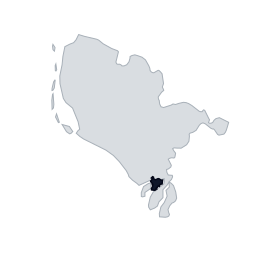 location of Tholen, Zeeland, Netherlands, rotated 286°
{"feature_id": "6326949B94220918271569", "entity_name": "Tholen", "entity_type": "district", "adm_level": 2, "iso_a3": "NLD", "parent_name": "Netherlands", "parent_adm1": "Zeeland", "projection": "albers", "projection_center": [4.074, 51.57], "detail": "fine", "context": "in_parent", "style": "filled", "palette": "ink", "viewbox_px": 256, "rotation_deg": 286, "n_neighbors": 0, "source": "geoboundaries", "source_scale": "gbopen_adm2", "svg_char_len": 4375}
<svg xmlns="http://www.w3.org/2000/svg" viewBox="0 0 256 256"><g transform="rotate(286 128 128)"><path d="M161.2,223.2L156.9,223.2L152.9,223.1L150.8,222.8L148.6,221.9L147.5,219.9L146.2,217.4L146.5,215.9L150.2,211.5L150.7,210.3L150.3,209.6L150.6,207.7L153.3,201.2L153.6,198.6L152.3,196.9L150.4,195.8L144.5,194.1L141.6,191.4L140.2,189.1L138.9,188.5L137.0,189.3L132.1,190.2L128.1,189.0L123.3,184.7L122.2,180.7L121.6,177.7L120.4,176.6L118.8,178.2L116.9,180.7L112.9,181.1L111.8,180.5L111.6,179.1L111.3,177.8L110.2,176.2L109.1,175.3L104.1,179.9L102.3,179.9L99.9,178.2L98.7,176.5L96.2,177.5L93.9,179.6L94.7,183.6L93.4,184.3L90.6,184.0L87.4,182.3L83.8,181.3L78.3,178.6L70.7,180.8L65.5,178.1L61.1,177.8L58.4,175.7L55.5,172.0L57.6,169.7L59.6,168.9L67.6,168.5L73.4,169.9L83.9,177.8L86.5,177.7L89.3,176.7L87.9,174.6L85.3,173.6L81.4,171.5L78.3,168.5L85.5,167.6L84.5,166.0L83.6,163.4L75.9,154.4L77.2,151.9L79.1,146.7L81.5,142.3L83.4,141.1L86.6,138.0L93.3,128.9L97.6,121.5L100.7,112.7L105.2,88.4L106.5,84.3L108.7,79.7L111.5,80.6L113.5,81.9L120.3,78.3L131.9,69.2L135.3,61.4L138.6,57.7L151.9,50.4L159.2,48.1L170.7,47.2L178.9,45.7L188.8,44.9L192.7,49.1L195.0,52.2L198.6,53.8L204.2,54.8L204.1,61.0L204.7,73.4L204.4,75.6L202.1,80.9L199.9,90.4L199.4,96.6L198.6,97.8L188.1,98.2L186.6,99.3L186.4,100.6L187.0,102.2L186.8,103.8L186.0,105.1L186.6,107.1L188.5,109.4L191.9,110.7L195.5,110.7L197.3,110.3L198.8,111.9L200.2,114.4L200.2,117.6L199.9,122.0L198.3,126.0L193.6,130.8L191.4,132.5L189.4,133.4L188.4,134.7L188.0,136.2L188.2,137.6L191.8,141.1L191.8,142.0L190.8,143.9L189.5,145.8L180.5,149.9L176.8,149.7L174.7,151.6L174.0,152.0L171.6,150.4L166.2,148.5L164.2,149.3L163.1,150.4L159.8,151.8L157.5,153.9L157.5,156.6L162.0,163.3L163.5,164.6L163.7,167.2L165.8,170.3L168.0,174.3L168.4,176.9L168.2,179.5L167.2,183.2L163.7,191.9L163.7,193.5L164.1,194.8L165.3,195.1L166.3,195.7L166.1,196.9L159.3,203.1L158.4,204.1L155.4,203.9L155.0,204.9L155.5,206.5L156.6,207.9L159.2,208.6L161.3,210.0L163.1,213.0L161.2,223.2ZM87.4,182.3L86.8,184.8L85.2,187.6L79.7,191.5L74.0,194.1L71.1,193.8L69.0,192.4L68.0,191.0L64.9,189.6L60.7,188.9L58.1,190.3L56.3,191.7L54.6,191.5L53.4,190.3L52.5,188.5L51.3,182.8L54.4,181.7L61.2,181.4L66.4,183.4L73.3,184.4L78.5,181.7L82.6,184.0L87.4,182.3ZM76.0,159.1L80.0,162.7L80.8,163.8L81.1,165.0L76.1,166.5L70.7,162.0L67.1,163.1L65.8,161.0L65.8,159.7L69.5,158.6L76.0,159.1ZM113.3,71.2L109.4,75.9L107.0,74.6L106.3,73.5L107.5,69.9L113.2,63.7L113.3,71.2ZM130.3,50.2L126.7,50.8L125.0,49.9L133.8,47.1L139.4,46.2L140.3,46.5L130.3,50.2ZM153.9,44.8L146.2,46.1L143.6,45.4L143.1,44.6L145.2,44.1L151.8,43.8L153.9,44.4L153.9,44.8ZM121.9,55.4L114.6,60.4L114.0,59.6L118.6,55.3L121.9,55.4ZM185.2,35.7L181.6,36.1L182.6,34.3L185.9,32.9L187.7,32.8L185.2,35.7ZM169.7,41.0L164.3,43.4L162.9,43.0L163.2,42.3L168.0,40.8L169.7,41.0Z" fill="#d9dde1" stroke="#a8b0b8" stroke-width="1"/><path d="M78.6,172.3L78.8,172.4L79.0,172.4L79.0,172.5L79.3,172.5L79.5,172.6L79.8,172.7L79.9,172.8L80.0,172.8L80.3,172.9L80.5,172.9L80.5,173.0L80.8,173.1L80.5,174.2L82.7,174.4L83.6,176.2L86.9,175.7L87.5,175.6L87.0,174.5L87.0,174.4L87.0,174.2L87.1,173.9L87.2,173.7L87.3,173.3L87.6,172.3L87.7,172.2L87.7,171.9L87.7,171.6L87.7,171.4L87.7,171.2L87.6,170.9L87.5,170.7L87.4,170.6L86.3,169.3L86.2,169.2L86.0,168.9L85.9,168.7L85.9,168.4L85.9,168.2L85.9,167.8L85.9,167.7L86.0,167.5L86.0,167.4L86.1,167.2L86.3,166.9L86.5,166.7L86.8,166.4L87.1,166.3L87.4,166.2L87.6,166.1L87.8,166.0L88.0,165.1L86.4,164.2L86.1,165.7L85.9,165.7L85.7,165.6L85.4,165.5L85.3,165.4L85.2,165.3L85.2,165.2L84.9,165.2L84.7,165.1L84.3,164.9L83.9,164.8L83.8,164.7L83.6,164.7L83.4,164.5L83.3,164.4L83.1,164.4L83.0,164.5L82.8,164.6L82.7,164.7L82.6,164.8L82.5,165.0L82.4,165.1L82.3,165.3L82.2,165.3L82.0,165.5L81.9,165.6L81.8,165.8L81.7,165.9L81.7,166.0L81.5,166.3L81.7,166.2L81.7,166.3L81.6,166.5L81.4,166.6L81.3,166.8L81.2,166.8L81.1,167.0L80.9,167.1L80.7,167.2L80.7,167.3L80.4,167.4L80.2,166.9L80.0,167.0L79.9,167.2L79.7,167.3L79.5,167.5L79.4,167.6L79.2,167.6L79.0,167.8L78.9,167.8L78.7,167.8L78.5,167.7L78.4,167.7L78.2,167.7L77.9,167.6L77.7,167.6L77.5,167.4L77.4,167.4L77.2,167.3L77.3,167.4L77.2,167.4L76.9,167.4L76.7,167.4L76.4,167.3L76.3,167.2L76.2,167.2L75.0,167.7L75.5,171.1L77.5,171.8L77.4,171.9L77.5,171.9L77.5,172.0L77.6,171.9L77.8,171.9L78.0,171.9L78.0,172.0L78.3,172.2L78.4,172.3L78.5,172.3L78.6,172.3Z" fill="#0f172a" stroke="#020617" stroke-width="1.5"/></g></svg>